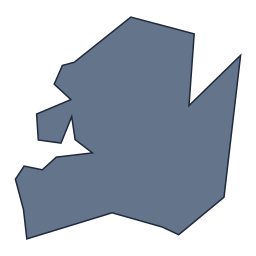 outline of Charlottesville, Virginia, United States of America
{"feature_id": "52423323B38941447839141", "entity_name": "Charlottesville", "entity_type": "district", "adm_level": 2, "iso_a3": "USA", "parent_name": "United States of America", "parent_adm1": "Virginia", "projection": "natural_earth1", "projection_center": [-78.498, 38.04], "detail": "fine", "context": "isolated", "style": "filled", "palette": "slate", "viewbox_px": 256, "rotation_deg": 0, "n_neighbors": 0, "source": "geoboundaries", "source_scale": "gbopen_adm2", "svg_char_len": 408}
<svg xmlns="http://www.w3.org/2000/svg" viewBox="0 0 256 256"><path d="M15.4,179.2L23.5,209.6L26.8,238.9L112.0,212.8L162.1,227.0L178.7,234.7L224.0,197.2L240.6,55.3L189.0,105.6L194.2,33.9L130.8,17.1L74.2,62.3L62.4,65.4L54.2,84.2L70.9,99.6L36.6,114.0L38.3,140.0L61.0,143.1L71.7,116.6L75.1,139.6L92.4,152.9L56.3,157.1L42.3,169.8L24.1,166.1L15.4,179.2Z" fill="#64748b" stroke="#1e293b" stroke-width="1.5"/></svg>